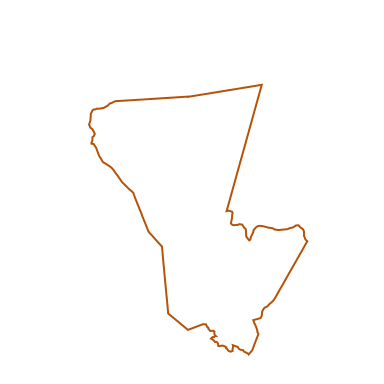 Santa María Temaxcaltepec, Oaxaca, Mexico, rotated 26°
{"feature_id": "50627088B79749806486423", "entity_name": "Santa María Temaxcaltepec", "entity_type": "district", "adm_level": 2, "iso_a3": "MEX", "parent_name": "Mexico", "parent_adm1": "Oaxaca", "projection": "mercator", "projection_center": [-97.173, 16.168], "detail": "fine", "context": "isolated", "style": "outline", "palette": "amber", "viewbox_px": 384, "rotation_deg": 26, "n_neighbors": 0, "source": "geoboundaries", "source_scale": "gbopen_adm2", "svg_char_len": 3014}
<svg xmlns="http://www.w3.org/2000/svg" viewBox="0 0 384 384"><g transform="rotate(26 192 192)"><path d="M147.3,107.6L100.4,134.3L83.4,143.9L81.3,146.4L80.8,147.2L79.9,148.0L79.3,148.4L78.9,149.8L78.4,151.3L75.8,155.1L73.3,157.0L72.3,157.6L69.7,159.0L69.0,160.1L67.7,160.7L66.8,162.1L66.8,166.3L67.7,168.1L68.1,169.2L69.0,171.3L69.4,172.8L70.0,176.7L70.6,176.9L72.2,178.7L74.9,179.2L76.1,180.2L76.9,180.5L79.2,182.4L79.2,184.7L78.5,186.3L80.1,189.9L79.9,191.5L80.3,192.1L80.5,192.6L82.6,192.0L86.6,194.4L88.1,195.9L89.1,196.8L92.8,200.3L95.3,201.8L96.3,202.5L98.9,204.2L103.5,204.6L105.4,204.8L108.4,205.3L110.3,206.0L111.6,206.5L113.2,207.4L115.2,208.6L117.6,209.7L119.7,210.9L123.0,212.8L124.1,213.4L125.3,214.0L130.6,215.7L134.5,217.1L137.7,217.8L139.8,218.6L141.7,220.6L143.8,222.6L155.9,233.5L158.8,236.3L163.3,240.3L170.2,246.6L171.5,247.2L175.6,248.8L180.6,250.9L189.0,254.3L195.8,265.6L207.1,284.2L220.6,306.2L223.8,311.6L224.9,311.9L235.7,314.5L248.8,317.7L257.5,308.5L260.3,305.6L261.0,305.6L262.5,304.8L264.3,306.2L265.1,306.7L266.0,306.7L266.5,307.6L267.3,308.0L268.3,308.4L269.5,308.9L270.7,308.0L272.2,307.3L273.4,307.7L273.5,308.4L274.8,310.3L275.5,310.7L276.1,310.9L276.5,311.0L276.0,311.3L275.6,312.0L275.4,312.8L274.1,313.4L273.4,315.4L273.7,315.4L276.1,315.7L277.4,316.2L278.5,316.7L279.6,316.0L280.5,316.1L281.9,316.9L282.4,317.6L283.1,318.9L284.1,318.7L285.3,317.6L286.6,316.8L287.5,316.5L288.3,316.3L289.1,316.4L290.5,316.6L290.9,316.5L291.2,317.5L292.2,317.6L293.7,318.4L294.6,318.8L295.2,318.8L295.9,318.6L296.7,318.6L296.8,318.5L298.2,316.9L297.6,316.0L297.3,315.3L296.6,312.6L295.9,311.8L301.1,311.2L302.5,312.2L303.6,312.5L304.9,312.5L306.3,312.2L307.4,311.8L308.7,312.6L313.6,312.7L314.1,313.1L315.5,308.0L314.7,299.2L314.0,290.5L313.1,289.9L312.2,289.3L311.6,288.1L310.7,287.1L309.3,285.7L307.9,284.4L306.5,283.3L305.3,282.3L303.3,280.3L308.9,275.3L309.0,273.6L308.6,271.5L307.5,268.8L307.5,267.8L307.7,265.0L308.3,263.7L309.7,262.1L310.9,258.3L311.3,257.4L311.9,256.2L312.6,254.1L313.0,251.9L313.2,249.9L313.4,246.9L313.7,241.5L314.1,235.6L314.6,227.2L315.5,212.9L316.6,196.0L317.1,187.1L317.2,185.7L316.3,185.4L314.7,184.9L313.1,183.3L311.8,182.3L311.5,181.3L310.7,179.8L309.9,178.3L308.0,176.8L307.0,176.6L305.4,176.4L303.6,175.8L302.4,175.2L300.2,176.4L298.4,179.4L294.9,182.4L294.4,183.4L289.6,186.3L287.6,187.6L286.3,188.3L282.7,189.5L281.3,189.3L279.9,189.3L276.8,190.4L275.0,190.8L271.3,191.5L270.1,191.9L268.2,192.5L266.3,193.6L265.3,195.2L264.9,196.3L264.1,199.0L264.4,200.1L264.7,202.3L264.6,205.2L264.7,207.0L265.3,209.1L264.7,210.4L263.7,210.0L260.2,208.2L259.6,207.1L258.3,204.6L257.7,203.4L256.2,201.6L254.7,201.3L251.5,199.3L250.3,199.6L248.5,200.3L247.2,201.8L246.1,202.2L244.6,203.3L243.1,203.8L241.6,203.6L240.5,202.9L240.1,200.7L239.8,199.4L239.3,197.6L238.1,195.0L237.7,193.0L236.6,192.2L234.9,192.4L232.9,192.8L231.5,194.0L224.2,154.5L217.7,119.1L212.9,93.3L208.7,70.4L207.7,65.1L147.3,107.8L147.3,107.6Z" fill="none" stroke="#b45309" stroke-width="2"/></g></svg>